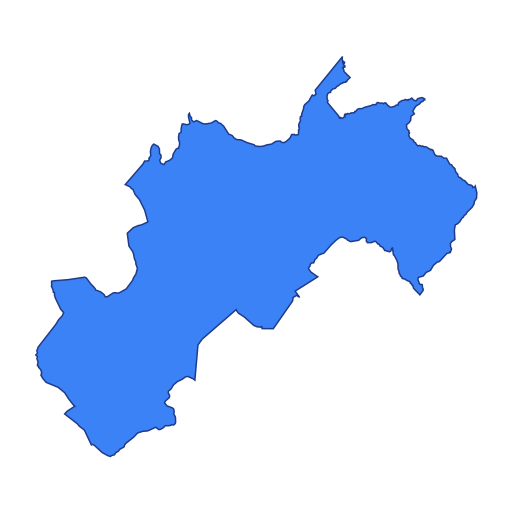 Coyomeapan, Puebla, Mexico (Natural Earth projection), rotated 179°
{"feature_id": "50627088B96013313047300", "entity_name": "Coyomeapan", "entity_type": "district", "adm_level": 2, "iso_a3": "MEX", "parent_name": "Mexico", "parent_adm1": "Puebla", "projection": "natural_earth1", "projection_center": [-97.01, 18.286], "detail": "fine", "context": "isolated", "style": "filled", "palette": "blue", "viewbox_px": 512, "rotation_deg": 179, "n_neighbors": 0, "source": "geoboundaries", "source_scale": "gbopen_adm2", "svg_char_len": 6036}
<svg xmlns="http://www.w3.org/2000/svg" viewBox="0 0 512 512"><g transform="rotate(179 256 256)"><path d="M321.0,398.7L321.1,396.4L319.8,390.0L320.1,389.3L322.8,388.4L326.5,389.4L327.6,389.1L328.6,384.8L328.8,381.0L330.8,379.7L331.4,376.1L331.3,373.4L330.4,370.8L330.6,368.2L331.6,365.0L332.8,365.0L334.2,364.0L337.0,359.4L337.8,355.5L341.0,353.0L344.6,351.7L346.3,349.1L349.4,350.2L350.5,352.7L350.5,353.7L349.3,355.7L349.2,356.8L349.3,358.7L350.6,360.0L350.7,364.7L352.0,367.3L356.3,369.7L357.8,368.3L359.0,365.8L359.8,362.2L359.4,358.2L361.4,355.5L361.1,354.3L361.7,353.4L362.8,352.9L365.7,352.9L367.5,349.8L385.5,329.7L380.6,327.3L379.7,325.9L377.7,324.5L375.8,319.6L371.6,314.5L366.5,303.8L363.5,292.0L370.0,289.1L373.1,288.5L378.3,286.4L384.3,281.0L382.9,268.2L379.2,262.5L378.5,260.5L377.6,255.5L376.2,251.8L376.3,250.3L374.8,245.7L376.4,240.0L378.9,236.3L379.8,233.8L386.3,225.4L392.5,222.0L394.9,221.2L397.2,221.8L399.4,221.6L405.4,217.9L407.3,217.8L408.7,220.2L412.2,223.0L417.0,224.8L417.2,225.8L418.4,227.5L421.8,231.1L426.0,237.0L427.6,237.8L444.5,235.6L457.7,234.8L460.7,234.4L460.9,233.4L460.7,231.3L461.1,229.4L459.6,225.9L459.2,223.2L458.2,223.1L458.1,220.0L457.2,217.1L452.2,206.2L449.3,202.8L450.8,199.5L454.2,196.0L457.6,190.8L475.6,168.5L475.7,167.4L476.8,165.3L476.2,162.8L477.9,160.8L476.2,159.2L476.9,157.2L475.7,153.8L476.5,150.8L476.3,150.0L475.3,149.5L475.3,148.4L473.3,146.2L472.3,143.2L472.8,142.0L472.5,141.1L473.1,140.5L471.1,137.0L468.0,133.3L456.2,128.2L449.7,122.7L445.8,116.4L440.9,109.9L439.7,109.0L447.4,104.2L450.1,101.4L437.6,91.4L435.7,89.0L430.6,84.9L423.9,70.0L422.9,70.5L421.0,69.6L413.3,62.2L407.7,59.0L405.1,58.1L403.6,59.1L401.0,59.7L399.7,61.8L397.1,63.1L395.7,65.0L391.3,67.4L390.5,69.6L389.3,71.0L381.5,77.0L377.5,81.1L372.2,82.7L367.4,83.0L359.2,86.5L356.2,84.1L354.6,84.3L351.4,86.1L349.7,87.9L346.2,87.8L343.9,88.3L343.3,88.9L341.3,88.4L339.8,89.7L339.3,91.0L339.3,95.0L339.5,96.7L341.0,99.6L340.5,101.6L341.0,104.5L342.3,105.6L347.6,107.7L350.0,110.8L349.0,112.7L345.4,115.7L344.8,117.0L345.0,118.7L346.1,120.4L345.9,122.4L343.5,124.3L340.7,128.6L336.8,131.8L331.8,134.1L328.6,136.4L326.3,136.8L320.8,134.2L319.3,132.9L315.6,168.1L311.2,173.9L276.7,202.8L276.0,201.1L274.4,199.0L269.1,195.5L259.5,186.7L256.2,185.2L252.7,184.8L251.4,185.3L251.2,183.3L240.0,183.0L220.2,210.4L219.6,213.9L216.1,215.9L213.1,213.9L217.5,220.2L194.6,234.1L201.4,239.0L203.5,242.1L203.7,242.9L202.2,245.0L201.7,247.0L200.2,248.1L198.5,248.1L197.0,251.6L195.5,252.7L193.6,255.7L187.9,257.8L181.0,265.5L175.9,270.2L173.0,272.4L171.2,273.2L169.1,273.4L165.4,271.6L164.3,270.4L161.2,268.7L153.1,269.9L150.1,272.4L146.8,272.8L145.3,271.4L145.5,269.2L144.4,267.4L140.6,267.3L136.8,268.7L136.0,268.4L133.9,265.9L132.7,265.6L131.8,263.8L129.2,262.5L127.1,259.2L126.3,259.4L125.4,258.7L122.2,257.9L121.1,258.6L120.2,261.2L119.4,261.6L118.6,254.9L117.7,254.0L115.4,249.6L114.2,246.0L114.2,240.6L113.3,238.0L113.2,236.2L112.2,235.0L112.0,233.6L110.8,232.6L110.2,231.0L107.5,230.3L105.7,229.0L102.3,227.5L102.2,226.2L101.0,225.6L100.9,224.6L99.9,224.0L99.0,220.9L92.8,214.3L89.6,218.5L89.4,220.0L90.0,221.2L90.3,224.5L92.9,225.0L94.6,229.9L94.0,231.8L89.1,233.1L86.2,236.6L81.8,238.6L78.7,243.6L74.9,246.8L73.3,247.0L71.9,248.1L65.2,255.2L61.7,256.1L61.9,256.9L61.2,257.3L60.4,259.7L61.4,262.3L61.3,265.4L60.0,267.0L56.9,269.0L57.2,278.5L56.2,283.8L54.2,284.5L51.6,286.8L49.4,290.3L48.1,291.1L47.1,292.9L45.4,294.0L44.2,296.1L39.2,300.8L37.1,304.2L36.6,307.0L34.5,309.8L34.1,315.4L35.6,322.1L36.3,321.1L38.1,320.7L38.4,322.2L39.9,323.2L42.4,323.6L46.0,327.7L47.8,328.4L50.3,330.8L51.6,331.1L52.6,332.4L52.9,334.4L54.4,335.9L55.6,338.9L55.5,339.8L57.9,342.1L58.8,343.7L60.8,344.6L63.8,350.5L66.7,350.6L68.9,352.5L73.7,352.8L75.7,354.6L77.2,358.7L78.6,359.5L79.6,359.1L80.5,360.2L81.5,360.5L82.7,361.5L84.9,362.4L85.9,362.1L87.5,363.1L88.2,362.6L90.5,363.7L92.3,363.3L93.9,365.0L94.5,366.4L96.0,367.2L96.5,368.9L100.3,371.6L101.2,374.5L100.4,376.4L101.1,376.8L100.8,378.4L102.9,380.5L103.3,384.5L100.4,386.9L99.0,389.0L98.6,393.1L95.2,395.3L96.7,398.0L94.7,401.4L93.2,403.3L89.7,405.3L88.4,407.0L86.5,407.6L85.6,409.2L84.5,409.1L84.5,410.0L85.1,410.5L87.1,411.5L90.6,410.8L91.7,410.4L93.0,408.4L93.6,408.3L95.8,409.3L97.5,411.2L99.4,409.9L101.3,409.7L101.4,409.0L104.1,409.9L104.3,409.4L107.5,408.8L109.4,407.7L111.0,406.4L111.2,404.5L113.0,404.5L115.2,403.1L118.5,402.4L119.4,402.6L121.4,404.1L123.6,406.8L125.1,406.8L125.7,406.0L127.5,406.8L128.7,406.5L131.8,407.4L133.0,406.4L133.3,405.2L136.6,405.3L137.9,404.5L144.7,402.8L147.7,401.4L149.9,401.6L152.1,400.9L153.4,399.1L154.7,398.8L154.8,397.9L155.5,397.5L158.5,397.4L160.2,396.5L162.2,396.9L163.1,395.9L163.9,396.4L164.3,395.7L164.9,395.9L165.1,394.9L164.6,393.7L165.2,393.7L167.2,392.1L168.9,392.9L169.4,392.2L170.1,392.2L170.1,393.3L170.4,393.3L171.1,394.8L181.9,408.2L181.3,410.1L182.1,411.2L182.2,414.8L181.4,417.1L180.6,417.9L178.6,418.3L178.5,419.5L176.4,421.6L173.7,422.3L171.8,424.5L171.2,424.5L168.5,426.6L166.2,427.4L166.0,428.0L163.3,428.2L163.3,428.6L162.1,429.1L162.0,429.8L158.8,432.8L164.9,439.0L164.8,440.0L165.9,442.6L165.4,442.4L164.8,443.8L164.0,443.3L163.7,444.4L165.4,446.1L166.0,448.3L164.5,448.2L164.9,447.4L164.3,447.2L164.1,448.1L166.1,449.8L166.4,451.9L166.0,453.9L193.9,420.8L193.2,416.7L195.5,415.1L196.8,416.0L197.3,415.5L200.4,410.1L204.5,406.6L205.5,405.0L206.0,402.0L207.7,397.6L208.0,394.8L209.1,394.7L209.5,392.5L209.2,390.5L210.9,387.0L211.0,384.4L210.6,384.2L210.6,382.8L210.7,381.6L211.3,381.3L211.3,377.8L211.8,376.5L215.0,376.2L215.5,376.9L218.2,376.8L220.0,373.3L223.8,370.0L225.9,368.9L228.3,369.1L229.6,370.5L232.3,370.5L234.3,370.2L238.5,367.6L242.9,367.0L247.1,365.7L250.1,365.4L254.9,366.0L256.0,367.3L262.9,369.5L268.8,372.3L273.5,372.8L275.9,374.5L277.8,376.9L281.3,378.5L286.0,386.3L289.3,389.3L291.0,389.7L292.8,391.6L294.2,392.1L298.5,389.7L304.0,388.9L306.5,389.1L313.0,392.5L315.9,391.2L318.0,393.0L318.1,395.5L319.5,397.1L320.1,399.8L321.0,398.7Z" fill="#3b82f6" stroke="#1e3a8a" stroke-width="1.5"/></g></svg>